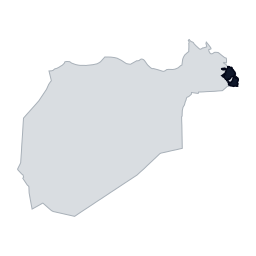 Téra, Tillabéri, Niger (highlighted), rotated 179°
{"feature_id": "23599985B14211003047249", "entity_name": "Téra", "entity_type": "district", "adm_level": 2, "iso_a3": "NER", "parent_name": "Niger", "parent_adm1": "Tillabéri", "projection": "mercator", "projection_center": [0.75, 14.304], "detail": "fine", "context": "in_parent", "style": "filled", "palette": "ink", "viewbox_px": 256, "rotation_deg": 179, "n_neighbors": 0, "source": "geoboundaries", "source_scale": "gbopen_adm2", "svg_char_len": 4499}
<svg xmlns="http://www.w3.org/2000/svg" viewBox="0 0 256 256"><g transform="rotate(179 128 128)"><path d="M206.0,186.4L203.5,186.5L202.0,186.9L200.2,188.4L198.1,188.9L195.7,190.1L194.1,191.1L192.6,191.9L190.6,193.8L189.9,195.3L187.9,195.6L185.1,195.3L183.3,193.9L179.1,192.3L176.4,191.7L175.1,191.5L168.7,191.3L162.0,191.9L158.5,192.6L157.9,192.7L155.9,193.7L154.3,194.7L149.9,199.4L144.0,199.2L140.6,198.7L137.7,198.0L133.5,195.8L128.5,192.4L126.5,192.0L124.7,191.7L124.2,191.8L118.1,195.1L116.9,195.0L115.5,195.4L114.6,196.2L113.9,196.6L113.1,196.7L112.2,196.5L111.2,196.0L110.3,195.1L107.8,191.4L107.3,190.7L106.2,189.6L104.4,187.9L103.2,187.1L102.5,186.9L101.6,187.0L96.7,185.6L91.9,184.0L90.8,184.2L90.0,184.5L88.3,185.7L86.4,185.9L83.8,185.8L82.5,185.7L80.2,186.0L78.7,186.5L76.8,187.3L74.3,189.4L73.6,189.7L73.0,190.0L72.1,195.8L71.4,197.6L70.1,199.9L67.6,202.1L65.9,203.4L65.9,205.2L65.7,208.1L65.7,210.2L65.8,211.5L65.5,212.1L65.4,212.7L65.5,213.5L65.9,213.9L66.2,214.5L66.0,214.9L65.2,215.4L64.3,214.1L63.1,213.2L61.9,212.8L61.0,212.1L60.6,211.2L58.9,209.3L55.1,205.7L54.7,205.7L54.1,205.5L53.0,206.0L52.3,206.5L51.9,206.8L51.2,206.8L49.3,207.3L47.9,207.8L47.9,208.3L48.6,211.1L48.2,212.5L47.6,211.8L45.5,209.1L44.0,207.0L43.8,206.6L43.6,205.9L43.7,205.6L44.3,205.4L45.6,205.1L45.9,204.9L45.9,204.3L45.7,203.3L45.0,201.9L44.2,200.9L43.8,200.8L43.0,200.7L42.1,200.9L40.5,202.0L39.8,202.2L38.1,202.1L36.6,201.9L35.7,201.3L33.0,199.0L30.0,196.6L28.8,196.3L28.5,196.0L28.3,194.2L28.4,191.9L28.5,191.4L29.8,191.7L31.1,191.9L31.5,191.5L30.5,190.7L28.9,189.9L28.4,188.7L27.9,188.2L27.2,187.8L26.5,187.6L25.7,187.2L25.1,186.9L24.2,186.7L23.3,186.5L22.0,184.5L20.7,182.6L19.9,181.1L19.6,180.2L20.0,178.6L19.6,178.0L18.1,176.4L16.9,175.0L17.2,172.7L17.5,170.8L17.5,169.6L17.7,168.9L17.8,168.2L18.6,167.9L20.7,167.9L24.7,168.3L27.9,167.9L28.1,167.8L30.4,165.8L32.9,163.7L36.7,163.5L40.8,163.2L44.0,163.1L48.7,163.0L52.4,162.8L56.8,162.7L57.0,161.7L57.2,161.4L57.7,161.4L60.9,161.9L63.9,162.4L64.1,160.6L66.8,158.3L68.3,157.8L68.7,157.4L69.1,156.6L69.4,155.4L69.6,154.6L70.1,153.8L70.5,152.5L71.1,150.2L72.6,147.8L73.4,144.5L73.6,141.3L73.7,138.9L74.2,138.4L74.2,134.1L74.1,129.8L74.1,126.1L74.1,121.6L74.1,117.6L74.1,113.2L74.1,109.3L74.1,106.7L77.1,106.1L80.3,105.4L85.0,104.5L90.0,103.4L95.5,102.3L96.7,101.7L100.8,97.9L102.7,96.2L106.4,92.8L109.3,90.2L112.9,86.8L116.8,83.5L119.8,80.8L124.7,77.7L132.0,73.1L139.2,68.5L146.5,63.9L153.8,59.2L161.1,54.6L168.4,49.9L175.7,45.3L182.9,40.6L190.3,42.4L197.2,44.1L204.2,45.8L205.9,46.7L209.6,50.0L214.3,54.3L214.6,54.3L214.8,54.3L219.3,51.8L225.3,48.6L226.8,57.4L228.0,64.9L228.1,69.7L228.1,71.0L228.6,71.8L229.7,72.7L234.1,79.6L233.2,80.7L233.8,82.9L235.0,83.8L238.7,87.9L239.1,88.7L238.9,89.3L236.4,94.1L235.9,95.3L235.4,101.4L235.0,105.7L234.6,111.6L234.0,118.6L233.5,124.6L232.9,132.4L232.3,139.7L228.6,143.8L222.0,150.9L216.7,156.7L214.0,160.6L208.8,168.1L206.5,173.0L204.7,175.6L203.8,176.6L204.6,180.2L206.0,186.4Z" fill="#d9dde1" stroke="#a8b0b8" stroke-width="1"/><path d="M19.7,180.0L19.7,180.4L20.0,180.9L20.0,181.6L20.1,181.9L21.2,183.1L21.4,183.7L22.1,184.6L22.7,185.0L22.8,185.4L23.2,185.4L23.4,185.7L22.9,186.2L23.1,186.5L23.4,186.8L25.6,186.8L25.6,187.5L26.0,187.6L27.2,187.6L27.2,186.3L28.4,185.2L29.3,185.2L30.0,186.1L31.0,186.1L31.2,185.8L32.3,185.8L32.8,185.9L33.3,185.6L33.2,185.1L32.5,184.9L32.0,184.5L30.3,184.6L29.6,184.8L28.6,184.8L29.0,184.3L28.9,183.0L29.5,182.5L29.4,181.7L31.1,180.3L30.3,179.7L30.9,179.7L30.9,179.0L31.7,179.8L31.9,179.7L32.5,179.2L33.3,178.7L32.8,178.3L32.4,178.0L31.9,177.3L31.3,177.3L31.1,177.1L30.3,176.1L29.9,175.7L29.7,175.1L28.6,174.5L28.4,173.6L28.1,173.6L27.3,173.0L27.0,172.6L26.9,172.3L26.7,172.0L27.1,171.7L26.6,171.1L26.6,170.5L26.7,169.9L26.6,169.6L26.4,169.2L25.8,169.1L24.9,168.6L24.2,168.4L23.4,168.3L21.6,167.8L20.2,168.3L19.7,168.2L18.8,167.9L17.7,167.9L17.8,169.5L17.4,169.8L17.3,170.3L17.9,171.3L17.9,171.9L17.1,173.4L16.9,174.7L17.2,175.8L19.2,177.5L19.4,177.2L19.4,176.6L18.9,176.0L18.9,175.8L19.3,175.8L19.9,176.2L19.9,176.6L20.0,177.1L21.3,177.0L22.0,176.1L22.2,175.4L22.7,174.0L23.0,173.5L23.4,172.7L23.9,172.3L24.3,171.7L24.8,171.9L25.1,171.7L25.4,171.2L26.1,171.1L26.5,171.6L26.5,171.9L26.4,172.0L26.4,172.6L26.6,172.9L26.9,173.1L28.2,174.6L27.4,174.9L26.9,175.3L26.6,174.9L25.9,174.9L25.4,175.2L24.7,175.9L24.4,176.4L24.2,176.8L23.7,177.5L22.2,177.7L21.6,178.0L20.9,178.6L20.5,178.6L20.1,178.8L20.2,179.7L19.7,180.0Z" fill="#0f172a" stroke="#020617" stroke-width="1.5"/></g></svg>